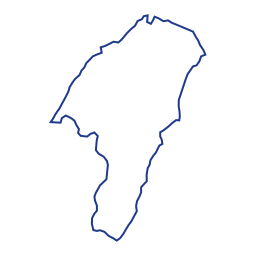 Itamari, Bahia, Brazil
{"feature_id": "56859067B3442577657956", "entity_name": "Itamari", "entity_type": "district", "adm_level": 2, "iso_a3": "BRA", "parent_name": "Brazil", "parent_adm1": "Bahia", "projection": "natural_earth1", "projection_center": [-39.673, -13.781], "detail": "fine", "context": "isolated", "style": "outline", "palette": "blue", "viewbox_px": 256, "rotation_deg": 0, "n_neighbors": 0, "source": "geoboundaries", "source_scale": "gbopen_adm2", "svg_char_len": 1616}
<svg xmlns="http://www.w3.org/2000/svg" viewBox="0 0 256 256"><path d="M116.7,240.6L120.2,238.1L123.5,233.6L126.3,228.7L128.6,225.0L131.3,221.4L133.8,216.7L136.8,211.2L136.1,206.0L137.0,201.2L139.3,196.8L141.1,192.4L141.1,187.3L144.1,184.0L146.8,181.2L146.6,174.9L147.7,168.1L149.6,164.9L150.4,160.3L153.4,155.6L156.0,152.4L157.5,149.3L159.4,145.5L162.4,143.9L161.7,139.6L160.2,136.5L160.2,132.3L163.7,130.2L168.2,126.7L172.2,123.1L176.1,120.1L179.2,120.4L179.8,116.5L179.5,111.4L178.7,106.4L178.8,100.0L185.6,79.5L187.6,74.2L193.0,66.4L196.5,65.4L199.4,61.3L201.1,56.4L205.3,54.7L203.5,50.2L200.1,45.2L198.1,40.3L195.9,37.0L193.0,31.6L175.1,24.1L172.2,23.0L168.0,20.4L163.4,21.2L158.6,18.3L154.6,16.7L152.9,20.5L150.9,23.8L147.1,22.0L147.6,15.4L143.8,16.2L141.8,19.3L137.6,21.0L135.1,25.7L131.3,28.8L127.2,32.9L124.3,36.4L121.1,40.1L118.3,42.5L113.5,41.7L109.4,43.9L105.0,46.0L100.7,47.3L101.7,52.8L96.9,54.5L92.8,56.4L89.9,59.5L86.4,63.0L84.3,67.5L81.6,70.4L79.5,75.1L75.1,78.9L72.5,82.5L69.6,87.3L68.2,92.0L64.7,98.8L62.3,103.1L59.5,108.4L57.0,111.9L55.1,114.8L52.9,118.9L50.7,122.1L60.5,122.7L61.9,118.1L65.7,115.6L69.0,117.0L71.8,118.6L74.5,120.8L76.3,124.9L78.9,129.0L78.1,132.9L80.7,135.8L87.1,136.6L90.6,133.8L94.4,132.5L97.8,136.1L96.7,140.6L96.3,145.5L95.9,150.0L98.5,153.6L103.6,156.6L106.9,160.9L107.9,164.8L107.5,168.5L106.9,174.5L106.4,179.3L102.7,182.8L100.1,185.2L98.2,188.7L95.9,192.7L94.4,196.7L95.0,200.6L96.9,205.6L96.9,210.7L94.3,213.8L92.1,218.1L91.9,224.0L93.4,230.1L96.9,230.9L100.0,230.3L104.4,231.8L108.7,235.9L113.5,238.4L116.7,240.6Z" fill="none" stroke="#1e3a8a" stroke-width="2"/></svg>